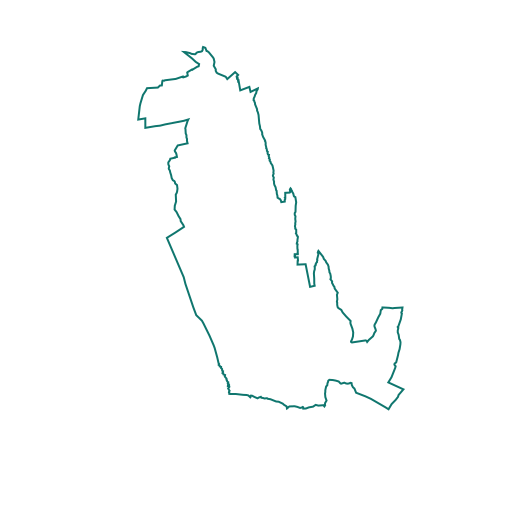 Chiautempan, Tlaxcala, Mexico (Natural Earth projection), rotated 50°
{"feature_id": "50627088B45531222113542", "entity_name": "Chiautempan", "entity_type": "district", "adm_level": 2, "iso_a3": "MEX", "parent_name": "Mexico", "parent_adm1": "Tlaxcala", "projection": "natural_earth1", "projection_center": [-98.139, 19.289], "detail": "fine", "context": "isolated", "style": "outline", "palette": "teal", "viewbox_px": 512, "rotation_deg": 50, "n_neighbors": 0, "source": "geoboundaries", "source_scale": "gbopen_adm2", "svg_char_len": 6104}
<svg xmlns="http://www.w3.org/2000/svg" viewBox="0 0 512 512"><g transform="rotate(50 256 256)"><path d="M110.6,156.7L110.6,157.3L107.9,155.7L107.8,156.4L106.0,155.4L105.8,153.3L101.7,153.8L102.0,164.3L99.5,164.0L98.8,164.2L91.9,167.8L90.3,168.3L88.2,167.8L87.1,166.8L83.1,166.1L80.7,163.1L77.6,161.5L76.4,161.3L69.6,161.2L67.8,161.6L67.2,162.1L64.0,161.0L61.9,162.2L62.5,163.2L63.8,164.3L64.4,165.7L64.0,167.0L62.6,169.2L62.1,170.8L62.4,172.4L62.3,173.0L59.8,175.4L58.1,176.2L54.7,178.7L53.4,180.1L63.6,178.0L68.6,177.4L72.4,176.2L73.8,178.0L73.2,179.5L72.4,185.1L72.0,185.1L71.2,190.0L71.2,190.7L73.9,192.3L73.5,194.3L72.4,196.9L72.1,197.1L71.5,196.7L71.4,196.9L68.8,203.6L62.8,212.9L62.8,213.5L61.6,214.8L61.8,215.3L64.8,218.5L63.7,220.0L63.9,222.9L57.4,231.6L58.6,234.4L60.0,239.1L64.7,246.3L66.5,248.7L75.8,258.5L79.4,252.3L86.7,258.4L91.8,249.7L94.5,245.7L96.8,241.0L106.0,224.5L107.9,220.1L108.7,221.8L112.7,228.1L113.5,228.5L117.0,231.1L118.7,231.6L120.5,233.1L122.0,233.6L123.3,234.8L125.7,236.0L121.0,244.9L122.9,250.4L123.8,250.9L125.4,251.0L126.8,251.5L129.3,252.9L128.3,254.7L128.6,254.9L126.4,259.1L127.3,260.5L127.8,262.6L128.2,263.3L129.6,264.3L131.5,264.8L132.8,266.5L133.6,266.9L135.0,267.0L136.9,268.0L139.6,269.1L142.1,270.5L144.5,271.0L146.1,270.4L147.0,270.5L148.5,271.3L150.9,270.9L154.0,272.9L156.0,275.1L156.7,276.2L157.4,278.0L162.9,282.2L165.3,285.9L168.1,288.5L171.3,288.6L175.9,289.7L179.1,290.1L181.0,291.3L185.6,291.8L187.4,292.4L186.2,302.8L184.8,312.6L225.8,325.0L232.0,328.0L255.0,337.0L262.9,339.8L270.8,339.0L273.9,339.6L287.0,342.8L297.1,345.8L299.9,346.8L308.8,350.9L314.1,353.6L314.9,353.6L315.4,354.6L316.6,354.3L317.3,354.8L318.5,354.0L319.4,354.8L320.7,354.6L322.1,355.6L323.1,355.3L324.1,356.8L324.6,356.4L325.8,357.1L327.3,356.2L328.3,357.4L331.0,357.4L331.8,358.2L332.5,358.1L333.6,358.7L334.9,358.4L335.5,359.5L336.7,359.3L336.8,360.4L337.5,361.1L338.1,360.0L339.1,360.5L339.6,362.5L342.3,362.9L342.5,363.7L343.1,364.4L343.5,364.3L344.4,365.1L345.0,364.6L348.7,360.2L354.0,355.2L356.5,352.5L357.9,351.5L360.6,351.2L360.5,350.8L359.7,350.4L359.6,349.7L360.5,348.8L363.0,347.8L366.0,346.3L366.3,344.6L367.0,342.8L368.0,343.0L369.4,341.8L370.6,341.1L372.0,339.0L372.9,338.8L375.0,337.0L380.4,334.1L382.2,332.3L386.3,330.4L388.0,330.2L390.6,329.3L391.0,329.3L392.7,330.3L392.8,329.5L392.5,328.7L392.8,327.0L395.9,323.0L398.2,321.3L400.7,319.9L401.5,318.4L401.7,317.2L402.1,317.1L403.3,317.9L404.9,315.8L406.0,312.7L408.1,309.1L408.4,306.0L410.7,304.4L413.6,300.3L415.2,300.3L414.8,299.0L414.1,298.7L413.0,297.5L412.1,294.9L408.7,293.6L405.7,291.5L404.8,290.4L403.3,289.1L401.0,286.1L400.9,284.6L399.4,283.0L398.8,281.8L398.0,280.8L398.0,279.4L400.4,276.9L402.6,275.1L405.3,273.3L407.8,273.2L408.5,272.9L409.8,269.8L411.6,268.9L412.7,267.9L413.3,266.9L413.9,265.1L414.8,264.5L416.3,265.5L418.8,266.1L420.8,265.8L425.1,267.2L433.8,262.4L439.3,259.8L455.1,254.1L458.6,253.0L456.6,247.3L456.0,241.5L455.5,239.2L455.2,237.8L454.1,236.1L452.9,228.8L437.9,235.9L436.0,230.2L431.2,221.3L430.2,219.9L428.6,219.9L427.9,219.6L427.5,218.9L427.6,217.0L423.3,211.0L421.7,209.1L419.6,205.8L416.5,202.2L414.9,200.7L412.9,199.7L411.6,199.6L408.1,197.4L405.6,196.5L404.2,195.3L402.6,193.2L401.9,193.3L401.4,193.0L401.4,192.2L397.6,185.8L393.8,181.2L392.9,181.2L392.5,180.7L392.2,179.8L391.7,178.9L391.1,178.6L389.6,176.9L384.6,183.7L384.0,184.8L381.3,187.3L376.7,192.2L377.7,193.3L377.7,195.2L380.1,197.9L381.5,201.6L384.0,206.9L384.8,209.2L385.5,210.1L386.3,210.6L388.7,211.4L390.2,212.1L390.5,212.7L391.0,214.7L392.2,216.9L392.7,218.1L392.8,223.4L393.3,226.1L392.0,225.8L391.1,226.3L383.9,238.1L382.9,238.4L382.5,238.1L381.7,236.2L380.0,233.5L377.1,230.7L373.7,228.9L368.6,227.1L367.7,226.5L366.6,225.3L360.3,225.8L354.9,225.9L352.1,225.3L348.7,226.4L347.6,226.3L345.6,225.2L343.8,223.7L343.1,223.5L341.4,221.5L337.7,218.9L336.7,217.0L332.1,216.7L331.2,216.5L330.1,215.8L328.3,215.7L327.1,215.3L325.9,215.2L324.9,214.6L324.4,214.0L321.6,213.9L321.1,212.9L319.5,211.7L317.3,210.5L315.7,210.2L314.4,209.3L312.2,208.3L310.9,207.3L308.9,206.5L306.0,206.3L304.5,205.8L301.8,205.9L300.0,205.2L298.7,205.1L292.2,204.9L292.4,205.4L293.2,206.6L294.1,206.6L294.7,207.0L297.9,211.4L298.6,211.6L299.4,212.9L299.9,213.2L300.0,214.3L300.5,215.1L300.6,215.7L301.2,215.9L301.6,216.7L301.5,217.5L301.8,218.0L302.7,218.4L304.1,219.7L305.0,221.2L306.6,222.9L310.7,225.9L314.7,229.2L316.5,230.2L314.4,234.4L294.2,223.3L289.3,229.7L286.7,227.4L286.5,227.2L286.6,226.9L286.3,226.6L283.8,224.9L282.3,227.0L281.3,226.2L281.0,226.6L279.5,225.2L281.5,222.8L281.1,222.4L280.3,222.1L280.1,221.7L277.7,219.8L277.3,219.8L274.8,217.8L273.8,216.6L272.8,216.9L271.9,215.8L271.6,215.0L270.4,214.0L268.3,211.6L267.8,211.4L266.7,211.6L265.8,211.1L264.3,210.9L264.0,210.2L261.7,208.3L260.3,208.4L259.9,207.9L258.2,207.0L257.0,205.5L256.1,204.9L255.0,203.5L252.8,202.1L250.9,200.2L249.5,199.9L248.6,199.3L247.9,198.5L247.6,197.4L243.0,193.3L240.7,190.7L236.2,188.0L234.9,188.5L234.3,188.4L232.1,187.3L230.1,187.0L229.3,186.6L228.7,186.7L227.3,186.1L226.4,186.1L226.8,187.3L229.0,188.7L229.1,189.4L226.4,193.0L229.7,195.7L229.9,196.4L230.4,196.3L231.3,197.2L231.4,197.8L232.8,199.0L231.0,202.0L229.3,201.2L228.3,201.1L227.4,201.1L227.1,201.4L225.2,202.0L223.5,200.8L221.8,200.1L219.3,198.3L218.6,198.3L215.9,196.8L213.3,196.2L211.8,195.4L210.7,194.4L208.6,193.5L207.4,192.0L205.7,191.6L205.1,191.2L204.3,189.6L203.3,189.1L202.0,187.7L199.4,186.3L197.2,185.2L194.2,184.9L193.1,184.3L191.7,184.3L190.9,183.3L189.5,183.3L189.2,182.6L187.8,182.2L186.9,181.1L186.4,181.5L185.7,181.5L184.4,180.9L183.8,180.0L182.5,180.1L181.8,179.5L180.6,178.9L179.9,178.9L179.5,178.4L176.9,177.1L175.7,176.0L174.4,175.3L173.6,175.2L173.4,174.8L169.3,174.0L166.6,173.0L166.0,172.3L165.1,171.8L163.1,171.2L161.4,171.1L159.2,169.6L156.6,168.3L149.6,163.4L147.1,162.2L145.3,161.7L144.2,160.8L139.2,159.2L138.1,158.4L136.6,158.0L135.7,157.5L135.1,157.7L133.8,156.4L133.0,154.6L132.0,153.1L131.3,151.1L130.1,149.7L129.4,147.6L128.8,146.9L126.8,154.7L122.2,152.4L119.0,161.6L110.6,156.7Z" fill="none" stroke="#0f766e" stroke-width="2"/></g></svg>